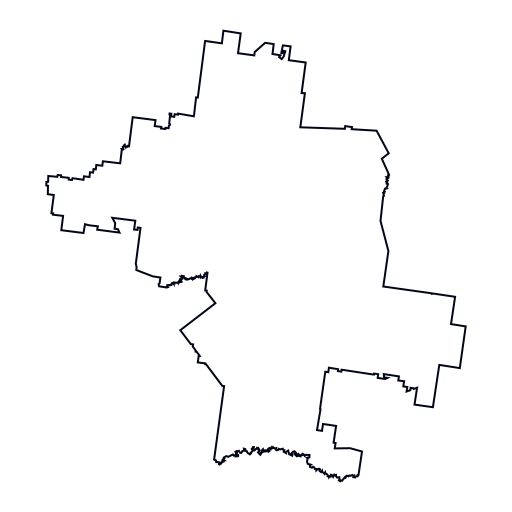 outline of Carrathool, New South Wales, Australia
{"feature_id": "25037944B9270414762897", "entity_name": "Carrathool", "entity_type": "district", "adm_level": 2, "iso_a3": "AUS", "parent_name": "Australia", "parent_adm1": "New South Wales", "projection": "albers", "projection_center": [145.4, -33.626], "detail": "fine", "context": "isolated", "style": "outline", "palette": "ink", "viewbox_px": 512, "rotation_deg": 0, "n_neighbors": 0, "source": "geoboundaries", "source_scale": "gbopen_adm2", "svg_char_len": 6067}
<svg xmlns="http://www.w3.org/2000/svg" viewBox="0 0 512 512"><path d="M61.3,230.2L83.5,233.0L85.0,224.2L89.2,225.3L97.8,226.3L97.2,229.7L119.5,232.6L117.9,229.2L114.6,228.7L115.2,223.1L112.3,217.8L135.3,220.7L134.1,229.5L137.5,229.9L137.8,227.5L140.5,227.9L135.8,263.7L136.6,267.2L136.3,270.0L152.9,276.4L160.4,277.5L159.6,283.2L158.6,284.2L159.1,286.3L166.5,287.5L166.5,287.0L167.7,287.0L167.2,286.3L167.7,285.9L167.4,285.2L169.7,285.0L170.0,286.0L170.1,285.1L171.4,285.0L171.5,283.9L172.7,283.5L172.5,282.9L173.5,282.8L173.2,283.0L173.7,283.8L173.7,283.3L174.4,283.3L174.2,282.5L177.6,282.8L177.5,281.8L178.1,282.9L178.2,282.5L178.9,282.8L178.5,282.3L178.6,282.1L178.8,282.5L179.2,282.4L178.8,281.9L179.3,282.2L179.5,281.2L179.7,281.7L180.8,281.8L180.4,280.9L181.0,281.0L180.6,280.5L181.4,279.6L180.9,279.7L180.7,279.3L181.3,279.2L181.3,278.1L182.1,277.9L181.0,276.6L181.7,276.7L181.4,276.1L181.8,276.4L181.9,275.8L183.8,276.2L183.5,277.3L185.4,278.1L185.1,278.7L186.2,278.8L186.2,279.5L187.1,279.5L187.0,278.8L188.4,279.3L190.3,278.3L191.2,278.7L191.5,278.0L192.0,278.6L192.0,277.9L193.1,277.9L192.7,278.9L193.3,279.1L195.0,278.2L194.9,277.4L196.6,276.9L196.6,276.2L198.6,277.3L199.0,276.2L200.1,276.5L200.4,275.8L200.8,277.1L201.2,276.5L202.3,277.0L202.6,277.9L203.6,277.6L203.4,277.0L204.4,276.4L203.9,276.2L204.2,274.7L205.3,274.3L205.3,273.2L206.8,273.2L206.9,272.5L207.5,272.6L205.2,290.4L206.7,290.6L206.6,292.0L215.4,303.2L180.3,330.2L190.8,344.1L193.1,344.4L192.8,346.6L195.8,350.7L195.6,351.6L196.6,351.7L199.8,356.0L198.6,356.3L197.8,362.4L205.4,363.4L205.3,364.2L206.1,364.3L222.3,385.9L224.1,386.1L214.1,459.6L216.0,460.4L216.2,462.1L218.9,462.2L219.0,463.7L220.0,463.1L220.1,464.2L221.4,463.3L221.8,462.1L223.8,461.5L223.8,461.0L222.3,461.4L222.4,460.2L224.0,460.2L223.0,459.5L223.7,458.8L222.8,458.7L223.6,458.4L223.7,457.6L226.3,456.1L228.2,456.8L232.9,454.5L233.7,455.6L235.5,455.0L235.5,456.4L238.1,456.2L238.2,455.1L236.0,453.7L236.1,452.6L235.5,451.8L236.2,451.4L236.4,452.4L237.1,452.5L237.4,451.1L238.9,450.8L240.2,452.9L241.3,452.9L242.4,451.1L244.2,450.7L243.9,448.7L245.3,449.1L245.8,451.0L246.9,451.3L247.5,452.8L249.9,454.4L251.0,453.4L250.7,452.7L252.7,451.0L251.8,448.8L252.8,448.2L252.9,447.1L253.9,447.1L253.4,449.0L254.7,450.3L255.9,449.0L257.1,448.8L257.1,447.8L258.2,447.9L259.2,449.5L258.8,450.4L259.5,450.9L258.0,452.4L260.3,454.8L261.1,453.6L260.9,452.8L262.3,452.3L261.7,450.6L263.0,449.1L263.7,450.9L264.6,450.5L264.5,451.5L265.9,451.4L266.4,450.7L268.4,451.8L270.0,450.8L269.4,450.9L267.8,449.4L268.3,448.7L269.3,448.0L270.7,449.3L271.4,447.4L272.1,448.3L272.9,448.1L273.1,447.2L274.7,448.4L276.3,448.1L276.0,450.6L276.3,449.8L276.8,450.3L278.4,449.7L278.9,448.8L280.1,449.4L282.8,448.7L283.2,449.8L284.3,450.2L283.7,451.8L285.8,453.0L285.6,452.1L288.2,450.6L289.1,454.2L292.2,455.7L292.6,454.4L291.5,453.3L293.2,451.6L294.5,451.3L295.8,452.6L294.8,453.4L295.7,454.2L295.2,454.7L295.9,455.4L296.0,454.3L297.0,454.2L297.3,456.1L298.1,455.9L297.5,455.4L298.6,454.2L299.5,456.0L300.3,456.3L300.3,455.2L301.6,455.4L302.4,453.8L303.2,454.2L303.0,454.9L304.0,454.7L304.8,455.9L306.0,454.8L309.5,455.0L309.4,457.4L307.0,457.8L307.7,458.5L307.0,461.4L307.7,463.8L310.8,464.7L309.8,465.5L310.0,466.9L311.9,467.7L313.0,466.7L314.4,467.6L314.8,468.9L316.2,469.0L316.3,470.4L317.6,469.0L319.6,468.8L320.0,469.6L319.4,470.7L321.1,472.1L322.1,470.7L322.3,471.8L324.2,473.5L324.9,472.6L324.9,474.0L325.9,473.5L327.0,474.2L327.7,475.2L327.6,476.1L328.5,476.1L328.9,477.3L329.6,476.2L330.6,476.6L331.1,474.7L331.9,474.9L333.1,476.9L334.3,474.6L335.2,475.3L336.0,475.0L336.0,476.2L337.2,477.6L339.3,477.2L339.5,479.2L338.9,480.4L340.2,481.3L340.9,480.4L342.0,480.8L344.2,478.1L345.1,478.0L344.9,477.3L345.5,476.4L346.4,476.6L346.9,475.7L348.6,476.3L349.3,475.5L350.6,475.8L352.2,475.0L352.8,475.6L353.9,475.4L353.4,477.2L355.3,477.4L355.8,476.4L357.6,476.3L357.6,475.1L358.5,475.0L362.0,451.5L350.1,448.2L334.7,448.4L335.6,443.0L333.6,442.7L336.1,425.9L323.0,424.0L322.0,430.9L317.0,430.1L320.5,409.3L320.0,409.0L325.3,371.7L328.3,372.2L328.9,367.7L338.1,369.2L337.9,371.1L341.3,371.6L341.6,369.7L373.8,374.6L374.0,373.6L378.2,374.2L377.7,377.9L385.0,379.0L387.4,377.9L384.1,377.4L383.8,374.1L398.9,376.4L398.3,380.5L404.1,381.2L403.3,386.4L407.3,387.0L406.6,391.5L410.3,390.2L410.6,387.8L413.5,388.3L413.7,388.9L417.1,387.7L414.5,404.6L432.9,407.2L439.3,364.9L459.8,368.1L465.7,326.4L451.0,324.1L455.1,296.8L432.2,293.4L432.0,294.6L431.6,293.3L383.3,286.5L388.4,251.0L380.5,220.9L383.2,196.2L384.0,195.7L383.2,192.9L384.3,192.8L384.7,191.7L384.0,191.3L385.0,188.7L387.0,188.3L386.5,187.6L387.6,185.7L387.4,184.5L388.0,184.0L387.2,182.8L386.6,183.1L386.2,181.6L386.9,181.3L386.1,180.4L387.2,180.8L387.7,180.4L386.5,179.1L387.4,178.5L386.6,177.3L388.1,177.5L387.8,176.7L388.4,176.6L388.1,176.0L388.8,175.5L388.3,174.9L388.9,174.4L381.8,158.7L388.7,153.3L376.6,130.7L351.7,129.2L352.0,127.1L345.2,126.1L344.9,128.8L300.3,127.3L304.9,93.2L301.6,93.1L305.7,62.5L288.8,60.2L290.6,46.4L282.9,45.4L281.3,52.9L283.0,53.1L283.7,50.9L285.3,51.2L283.6,56.7L281.7,59.1L279.1,57.1L280.5,55.3L272.5,54.0L273.7,44.1L265.2,42.8L254.7,52.0L254.3,55.4L238.0,53.2L240.7,33.4L223.4,30.7L221.9,43.3L205.1,41.0L197.8,97.6L196.1,97.4L193.9,116.3L178.1,113.6L178.0,114.6L174.7,114.2L174.2,116.8L171.0,116.4L171.3,113.7L169.6,113.5L169.5,114.5L170.2,114.7L169.2,123.4L170.0,124.2L169.9,125.1L168.9,125.7L168.6,128.2L165.5,127.8L165.3,129.0L161.0,128.5L161.3,126.9L154.7,126.1L155.5,120.1L132.7,117.2L128.9,147.2L128.5,145.9L127.8,145.8L127.2,146.8L126.2,146.4L125.8,147.2L124.8,144.6L123.9,145.3L123.8,146.7L122.8,146.9L123.3,149.0L121.8,149.0L122.2,149.6L121.8,149.6L120.2,163.3L102.9,161.3L102.3,165.7L96.3,165.0L95.8,169.4L93.5,169.1L93.1,172.6L90.0,172.2L89.5,177.0L84.0,176.3L83.5,179.8L72.5,178.2L72.0,180.0L68.7,179.6L68.7,177.8L61.1,177.0L61.1,175.3L57.7,175.0L57.3,176.8L48.3,176.0L48.1,181.8L46.4,182.0L46.3,185.5L48.0,185.8L47.8,194.2L53.8,195.0L51.4,213.2L53.2,213.4L53.0,214.7L63.1,215.9L61.3,230.2Z" fill="none" stroke="#020617" stroke-width="2"/></svg>